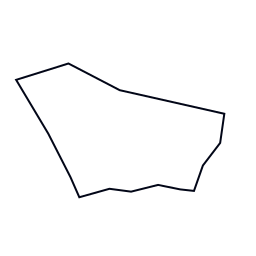 outline of Ayawaso Central Municipal, Greater Accra, Ghana, rotated 76°
{"feature_id": "2480657B92273702685271", "entity_name": "Ayawaso Central Municipal", "entity_type": "district", "adm_level": 2, "iso_a3": "GHA", "parent_name": "Ghana", "parent_adm1": "Greater Accra", "projection": "natural_earth1", "projection_center": [-0.202, 5.58], "detail": "fine", "context": "isolated", "style": "outline", "palette": "ink", "viewbox_px": 256, "rotation_deg": 76, "n_neighbors": 0, "source": "geoboundaries", "source_scale": "gbopen_adm2", "svg_char_len": 337}
<svg xmlns="http://www.w3.org/2000/svg" viewBox="0 0 256 256"><g transform="rotate(76 128 128)"><path d="M183.4,192.0L182.5,160.7L190.5,140.4L190.5,112.6L200.2,92.2L205.0,79.2L182.5,64.4L164.8,42.2L137.5,31.1L89.3,126.9L51.0,170.2L54.2,224.9L114.3,206.7L161.8,195.7L183.4,192.0Z" fill="none" stroke="#020617" stroke-width="2"/></g></svg>